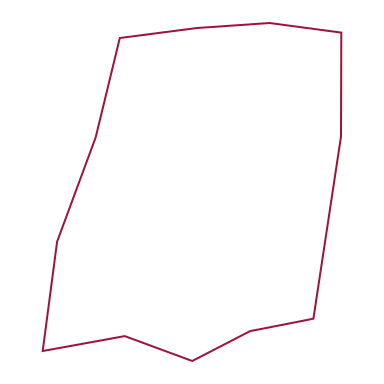 Dennery, Mercator projection
{"feature_id": "LCA-5080", "entity_name": "Dennery", "entity_type": "Quarter", "adm_level": 1, "iso_a3": "LCA", "parent_name": "Saint Lucia", "parent_adm1": "", "projection": "mercator", "projection_center": [-60.918, 13.94], "detail": "fine", "context": "isolated", "style": "outline", "palette": "rose", "viewbox_px": 384, "rotation_deg": 0, "n_neighbors": 0, "source": "natural_earth", "source_scale": "10m", "svg_char_len": 275}
<svg xmlns="http://www.w3.org/2000/svg" viewBox="0 0 384 384"><path d="M341.3,32.6L341.0,136.5L313.4,318.7L250.1,331.1L192.2,361.0L124.7,336.1L42.7,351.0L57.1,241.7L95.7,137.3L119.8,38.0L197.0,28.0L269.3,23.0L341.3,32.6Z" fill="none" stroke="#9f1239" stroke-width="2"/></svg>